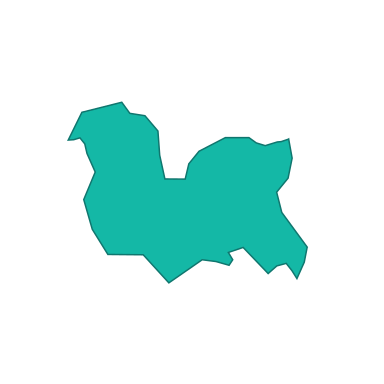 SVG path tracing the border of Şoldăneşti, rotated 37°
{"feature_id": "MDA-1646", "entity_name": "Şoldăneşti", "entity_type": "District", "adm_level": 1, "iso_a3": "MDA", "parent_name": "Moldova", "parent_adm1": "", "projection": "orthographic", "projection_center": [28.717, 47.85], "detail": "fine", "context": "isolated", "style": "filled", "palette": "teal", "viewbox_px": 384, "rotation_deg": 37, "n_neighbors": 0, "source": "natural_earth", "source_scale": "10m", "svg_char_len": 758}
<svg xmlns="http://www.w3.org/2000/svg" viewBox="0 0 384 384"><g transform="rotate(37 192 192)"><path d="M162.4,292.5L134.8,281.8L110.1,263.2L102.7,234.3L84.9,224.4L77.4,218.1L69.9,216.2L66.1,221.4L61.9,225.0L56.1,194.6L81.9,162.6L95.0,166.6L108.5,159.4L128.1,163.8L144.1,182.1L162.5,197.9L178.8,185.8L172.5,171.4L173.1,155.2L185.9,128.5L204.8,114.3L213.8,114.1L222.6,110.9L230.0,100.7L232.9,98.1L237.2,91.8L237.3,91.5L237.5,91.7L251.6,104.7L260.4,123.1L259.7,141.2L265.8,146.1L276.0,154.3L317.2,166.7L317.2,166.8L323.9,180.5L327.9,198.0L319.2,194.7L310.2,192.3L304.2,200.0L301.9,211.3L266.2,205.5L257.4,218.4L265.3,221.6L265.7,228.2L253.0,233.1L240.9,240.0L228.2,278.5L190.8,271.5L162.4,292.5Z" fill="#14b8a6" stroke="#0f766e" stroke-width="1.5"/></g></svg>